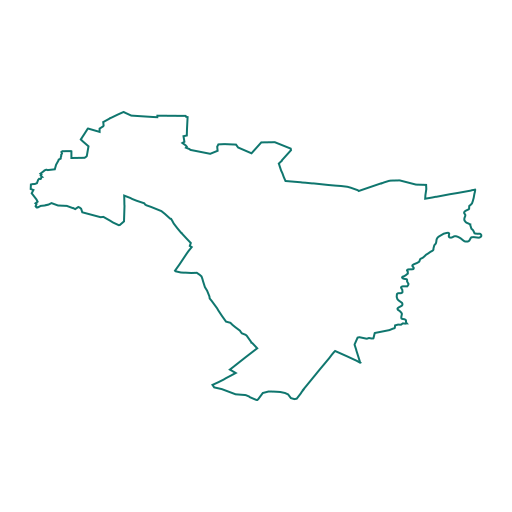 the district of Galēnu pag., Riebinu, Latvia
{"feature_id": "27541924B64203251765316", "entity_name": "Galēnu pag.", "entity_type": "district", "adm_level": 2, "iso_a3": "LVA", "parent_name": "Latvia", "parent_adm1": "Riebinu", "projection": "equal_earth", "projection_center": [26.866, 56.452], "detail": "fine", "context": "isolated", "style": "outline", "palette": "teal", "viewbox_px": 512, "rotation_deg": 0, "n_neighbors": 0, "source": "geoboundaries", "source_scale": "gbopen_adm2", "svg_char_len": 5982}
<svg xmlns="http://www.w3.org/2000/svg" viewBox="0 0 512 512"><path d="M475.0,189.6L474.6,189.8L471.9,190.2L470.8,190.6L457.5,193.0L450.0,194.2L436.4,196.8L435.6,196.8L432.3,197.5L425.2,198.7L425.4,195.2L426.3,189.1L426.1,184.9L416.0,184.6L399.7,180.4L390.8,180.6L388.9,180.9L384.1,182.4L381.3,183.5L381.2,183.3L358.7,191.0L357.8,190.2L357.5,190.1L350.7,187.7L347.5,186.8L346.0,186.6L341.0,186.0L335.3,185.6L328.4,185.0L314.5,183.5L313.4,183.4L312.0,183.4L305.3,182.7L301.9,182.5L301.1,182.3L285.5,181.0L283.7,176.9L282.5,173.5L281.3,170.9L281.2,170.8L279.6,166.0L279.2,164.6L278.8,163.6L280.8,161.7L281.9,160.7L281.9,160.3L291.0,150.2L290.7,148.6L274.8,142.2L261.3,142.4L251.5,153.3L238.1,147.5L236.0,144.6L224.6,144.1L218.4,144.4L217.2,146.7L217.6,150.8L210.2,153.8L190.4,149.9L189.5,149.1L186.0,147.7L186.7,146.9L186.8,146.7L185.6,145.3L182.4,143.0L184.4,141.8L183.5,136.2L186.8,135.5L187.0,128.8L187.6,117.1L186.1,116.8L185.6,115.9L157.4,115.7L157.3,117.2L153.0,117.0L131.3,115.6L123.5,112.0L117.5,114.7L110.9,117.9L110.2,118.0L109.9,118.4L103.2,122.1L103.3,122.5L103.6,125.6L103.2,126.3L99.6,128.6L99.6,131.9L88.0,128.5L87.8,128.6L84.1,134.4L81.4,138.5L81.5,138.5L80.9,139.6L82.6,141.2L88.5,146.3L86.8,156.0L86.3,156.6L84.6,157.8L71.4,158.0L71.4,151.3L71.0,151.1L62.4,151.2L61.4,152.0L62.0,153.5L61.1,155.0L61.3,155.9L60.8,157.1L60.7,158.6L58.7,159.6L58.4,160.6L56.1,164.7L54.8,169.3L47.7,170.1L46.3,169.7L44.5,170.4L44.4,170.6L43.4,171.4L40.4,173.7L41.4,174.5L40.7,175.5L42.1,176.9L41.4,177.0L41.0,178.6L40.6,179.0L39.1,178.8L38.1,180.0L36.9,183.2L34.8,184.0L32.6,184.1L30.9,184.5L30.7,189.0L33.4,190.0L31.7,193.3L36.5,199.5L37.6,201.7L35.5,203.3L36.5,204.1L35.6,206.2L35.7,206.3L36.3,207.2L36.5,207.4L37.0,207.1L37.7,207.5L40.7,205.9L44.7,205.5L46.9,205.0L46.8,204.9L48.7,204.5L51.5,203.1L58.0,205.5L66.8,205.9L72.8,208.1L73.1,208.0L75.2,209.1L78.3,207.0L79.7,207.6L81.1,208.7L82.3,212.3L100.6,217.2L103.4,216.9L109.8,220.5L113.0,222.5L118.8,225.2L119.6,225.0L119.8,225.0L124.0,221.4L124.5,205.7L124.4,205.1L124.3,199.6L124.2,195.6L130.4,198.0L132.0,198.9L136.5,200.7L144.3,203.3L145.1,204.5L146.4,205.3L151.0,206.9L161.4,211.1L161.9,211.5L164.9,213.9L170.2,218.7L170.8,218.9L171.1,218.9L172.2,220.7L173.7,223.5L177.3,228.2L181.3,233.0L181.6,233.0L181.7,233.3L186.6,238.6L190.8,243.0L189.8,245.9L191.7,247.1L188.4,251.2L186.7,253.6L179.5,264.4L175.0,270.7L175.6,271.3L180.9,272.5L184.4,272.7L186.2,272.7L191.3,273.0L196.8,272.8L199.7,274.8L201.5,276.4L202.4,278.9L203.0,281.1L204.9,287.1L207.1,290.7L208.2,293.4L209.4,296.4L209.7,298.5L211.6,300.8L217.1,308.3L218.3,310.4L222.0,316.0L226.0,321.6L230.4,322.8L232.5,324.9L235.2,327.1L240.0,330.7L240.6,331.7L241.8,333.3L245.6,334.8L246.7,335.7L251.3,342.2L251.3,342.6L251.6,342.7L252.5,343.3L257.2,348.3L245.9,357.0L229.9,369.6L235.7,373.0L225.9,378.2L223.6,379.6L218.4,382.2L212.5,384.9L214.2,387.4L221.8,389.1L235.6,394.3L244.7,395.0L245.7,395.1L249.1,396.5L249.7,397.1L254.1,399.0L256.3,399.9L257.0,400.0L257.3,400.0L258.2,399.2L262.8,393.0L268.6,391.5L273.8,391.6L278.9,391.9L280.3,392.0L285.0,393.0L288.1,394.4L290.9,398.1L294.4,399.1L296.7,398.7L300.8,393.4L301.8,391.8L303.4,389.8L303.2,389.7L306.5,385.7L320.3,368.8L329.1,358.3L331.9,354.6L334.0,352.1L335.1,351.0L347.0,356.3L356.5,360.7L360.1,362.7L360.3,362.6L360.0,362.3L359.5,360.4L356.3,350.3L356.2,349.7L354.6,344.8L354.6,344.4L357.6,337.6L359.4,337.2L366.6,338.7L366.9,338.7L369.0,338.0L371.6,338.5L373.3,338.4L373.5,338.1L374.7,333.1L374.8,333.0L389.4,330.1L392.8,328.7L394.5,328.2L394.8,327.8L395.1,325.4L398.0,324.6L401.0,324.7L402.8,323.4L405.2,323.6L405.7,323.6L406.0,323.4L406.8,323.4L406.3,322.8L406.0,321.8L406.0,320.8L405.9,320.3L405.6,319.9L404.8,319.4L404.2,319.2L402.2,318.9L401.8,318.7L401.5,318.5L401.3,317.9L401.3,316.9L401.9,314.0L401.8,313.6L401.4,312.8L400.8,312.1L399.7,311.0L398.8,310.4L398.0,309.9L397.6,309.3L397.5,308.6L397.8,308.1L398.9,307.3L401.5,305.9L402.1,305.4L402.4,304.7L402.4,303.9L402.1,303.0L401.8,302.7L398.7,300.5L397.8,299.6L397.4,299.1L396.9,297.6L396.7,296.8L396.9,294.4L397.0,294.0L397.7,293.4L398.6,293.2L400.9,293.2L401.9,292.8L402.3,292.5L402.5,292.0L402.3,289.8L401.8,289.0L401.3,288.2L401.1,287.7L401.1,287.3L401.4,286.9L402.1,286.5L403.2,286.3L406.1,286.3L407.1,286.4L407.9,285.5L408.2,285.0L408.5,284.0L407.1,281.5L407.1,280.1L406.9,279.5L406.7,279.3L406.4,279.2L404.0,278.8L402.9,278.4L402.4,278.0L402.1,277.4L402.3,277.0L402.5,276.8L403.0,276.5L403.9,276.3L405.5,275.4L407.8,273.6L407.7,273.1L407.8,272.7L407.8,271.7L407.6,271.2L407.1,270.7L407.0,270.4L407.2,270.0L407.5,269.7L408.3,269.4L412.1,269.3L413.2,269.1L413.6,268.7L413.7,268.4L413.7,267.9L413.6,267.6L412.7,266.5L412.4,266.0L412.4,265.4L412.7,265.0L414.0,264.2L417.0,263.0L418.9,261.9L419.3,261.5L420.1,259.3L420.6,258.8L422.3,258.0L423.0,257.6L424.5,256.3L426.1,254.7L427.8,253.7L430.5,251.8L432.2,250.9L433.0,250.3L433.4,249.7L433.5,248.3L434.2,245.6L434.5,245.0L435.6,243.8L436.0,243.0L436.3,241.6L436.5,240.0L436.7,239.2L437.4,237.9L437.8,237.4L438.9,236.5L443.7,233.7L446.4,233.0L447.8,232.8L448.5,232.9L449.0,233.3L449.2,233.7L449.0,235.0L448.8,235.7L448.8,236.3L449.0,236.9L449.4,237.3L450.1,237.6L451.2,237.6L451.7,237.5L452.7,237.1L454.2,236.3L455.3,236.2L456.3,236.3L457.8,236.8L459.6,237.7L461.0,238.6L462.8,240.1L464.2,241.1L464.8,241.4L465.4,241.5L467.8,241.5L468.7,241.1L469.3,240.6L470.8,237.9L471.4,237.3L473.6,237.1L478.5,237.7L479.0,237.7L480.0,237.3L480.9,236.7L481.2,236.3L481.3,235.7L481.2,234.9L481.0,234.6L480.3,233.9L479.3,233.7L477.6,233.8L477.0,233.7L475.3,233.6L474.5,233.3L474.3,232.7L473.1,230.3L472.4,229.6L471.4,228.7L470.2,224.9L470.3,224.4L469.6,224.2L468.7,223.6L466.7,222.8L465.8,222.2L464.5,220.5L464.3,219.6L464.4,218.2L465.3,215.8L465.3,214.9L464.2,213.1L464.1,212.9L464.2,212.5L464.5,211.7L465.2,211.1L466.0,210.6L468.7,209.3L469.1,208.8L469.2,206.6L469.3,205.9L470.7,204.8L472.0,203.4L472.8,201.1L473.7,197.8L474.4,193.8L474.8,192.3L475.2,189.9L475.0,189.6Z" fill="none" stroke="#0f766e" stroke-width="2"/></svg>